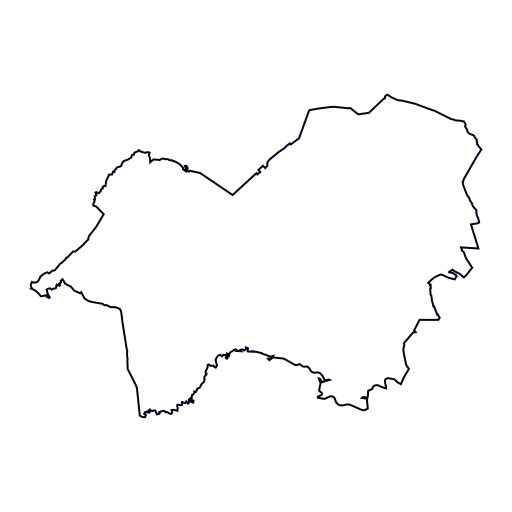 Atizapán de Zaragoza, México, Mexico
{"feature_id": "50627088B87353641486675", "entity_name": "Atizapán de Zaragoza", "entity_type": "district", "adm_level": 2, "iso_a3": "MEX", "parent_name": "Mexico", "parent_adm1": "México", "projection": "albers", "projection_center": [-99.273, 19.564], "detail": "fine", "context": "isolated", "style": "outline", "palette": "ink", "viewbox_px": 512, "rotation_deg": 0, "n_neighbors": 0, "source": "geoboundaries", "source_scale": "gbopen_adm2", "svg_char_len": 6041}
<svg xmlns="http://www.w3.org/2000/svg" viewBox="0 0 512 512"><path d="M31.1,288.6L32.9,289.2L35.7,290.9L37.8,292.7L41.0,296.3L46.3,295.3L46.5,296.6L47.6,296.5L48.5,298.0L49.8,297.5L47.8,294.0L46.6,289.6L48.4,288.6L49.9,288.3L51.6,289.6L52.2,289.5L53.3,288.6L55.1,288.5L56.0,287.9L56.4,285.3L56.8,284.6L57.8,285.4L58.4,285.2L59.5,285.8L60.1,285.2L59.2,283.5L60.9,282.5L60.8,280.8L62.4,279.2L63.4,280.4L64.9,283.4L67.6,285.1L70.9,286.6L74.3,290.7L80.0,293.2L81.2,292.2L84.7,298.7L88.4,300.9L90.9,301.8L101.6,303.6L102.9,304.0L104.4,305.2L106.1,305.1L107.4,305.5L110.6,307.1L114.7,307.1L118.1,308.1L119.8,309.0L120.5,310.0L121.3,312.6L122.4,321.7L126.6,348.4L127.2,350.6L127.0,355.6L127.5,358.1L127.4,361.9L127.7,369.0L136.2,385.9L137.0,388.7L139.8,415.5L142.2,417.0L144.8,417.3L145.1,417.1L145.9,415.2L144.2,413.8L145.2,413.1L144.9,412.3L146.7,411.5L147.3,412.3L148.8,412.7L149.6,412.4L149.6,411.8L148.7,410.7L149.9,409.5L151.3,410.9L152.8,411.0L153.7,410.3L155.3,410.6L156.9,414.2L157.5,414.4L159.3,413.8L159.7,413.2L159.2,412.2L163.1,410.7L164.7,411.2L165.8,412.3L166.9,412.0L170.7,414.0L171.6,413.7L171.9,413.2L172.2,411.6L171.5,410.1L173.3,409.8L176.5,410.4L177.4,410.8L177.7,408.2L177.1,405.3L177.5,404.7L180.3,405.2L181.9,405.0L181.9,402.0L182.2,401.9L183.5,402.7L185.3,403.1L186.2,401.4L187.9,403.6L188.4,403.5L189.3,401.5L188.8,400.5L188.9,399.5L189.5,399.0L189.3,399.7L189.6,400.1L190.9,400.5L191.6,402.2L193.2,402.6L193.5,400.7L192.1,400.2L191.7,399.5L191.8,396.1L192.2,394.8L193.3,394.5L193.8,393.4L194.4,392.8L194.3,391.5L195.8,391.9L197.0,390.0L196.7,389.3L197.5,388.6L199.7,387.7L201.8,383.8L203.8,382.1L204.7,379.3L204.2,378.0L204.4,376.7L206.3,374.7L206.5,373.7L205.8,373.6L205.6,371.4L207.5,367.7L207.7,364.9L208.5,364.4L210.4,365.8L213.6,365.6L214.6,367.1L215.7,367.6L216.9,365.7L215.6,359.9L216.9,357.1L218.1,355.7L220.2,354.8L222.0,356.3L223.3,354.8L225.6,355.0L226.2,356.0L225.7,357.7L226.9,358.7L227.7,357.8L227.1,353.5L228.4,353.9L229.1,355.3L229.8,353.1L230.4,352.3L235.4,349.3L236.9,350.2L236.4,351.0L240.6,351.2L239.6,350.5L240.2,349.9L242.6,349.4L244.0,350.5L245.9,349.1L245.9,347.4L248.0,348.3L247.6,351.3L247.9,351.5L251.3,351.7L251.7,351.3L253.5,351.3L253.3,351.7L256.5,351.9L261.5,353.1L261.4,353.3L270.7,356.7L272.6,356.2L271.3,357.6L270.8,359.0L269.4,359.1L268.6,358.5L268.0,358.6L269.3,360.2L273.0,357.4L283.8,358.6L294.9,364.9L296.7,365.1L299.6,364.1L302.5,366.3L304.2,366.7L307.3,366.5L309.4,368.4L310.7,370.7L312.1,372.1L313.7,372.7L318.1,372.4L320.2,373.3L322.5,375.8L324.7,380.4L328.7,379.5L329.6,379.9L322.0,382.2L320.6,379.6L319.7,378.7L318.8,378.4L320.6,383.4L319.8,386.5L319.2,389.9L319.3,390.8L321.8,393.1L322.1,394.0L321.7,394.9L318.0,396.6L317.7,397.0L317.9,397.8L324.4,398.9L330.2,396.3L332.1,396.4L333.4,396.9L334.5,397.9L336.1,402.3L338.5,404.8L339.8,405.2L342.6,405.4L346.5,404.5L349.8,404.6L362.2,410.1L364.3,410.2L365.4,409.8L367.8,408.6L366.8,398.6L361.9,398.0L363.0,397.0L367.5,397.7L368.0,394.9L368.1,391.0L368.6,390.5L370.4,390.0L372.4,388.6L373.2,386.6L374.0,385.9L375.0,385.4L377.6,385.1L381.7,387.1L386.1,388.4L386.1,387.0L385.2,383.3L385.0,380.3L385.3,379.4L387.6,378.1L394.4,379.3L397.3,382.1L400.9,384.2L403.9,377.3L408.9,368.9L406.2,365.0L404.0,354.4L403.3,350.0L403.7,347.1L404.3,345.6L404.0,343.1L413.1,332.5L415.6,332.2L414.1,330.5L419.5,319.9L438.3,319.9L439.7,317.8L437.6,314.1L437.1,314.4L434.3,306.9L434.1,306.4L433.5,306.6L431.9,300.2L431.4,295.8L430.6,294.7L430.2,288.9L430.8,288.3L430.6,285.0L429.9,285.2L429.9,284.1L428.2,282.9L431.8,279.4L435.1,277.0L439.6,274.9L441.5,274.5L448.6,277.8L454.7,279.4L456.7,276.0L455.7,274.9L452.8,273.1L449.7,272.3L449.2,272.4L449.0,272.0L452.5,269.7L454.4,271.2L459.9,274.0L463.9,277.4L466.4,275.0L472.2,267.7L466.1,258.4L463.9,252.5L463.5,251.8L462.1,250.9L462.1,250.3L461.0,247.4L478.4,248.5L471.0,224.4L477.6,223.3L479.2,222.4L478.2,218.5L476.9,215.6L476.3,212.6L476.5,210.2L474.0,207.7L472.7,205.8L472.0,203.5L469.8,200.1L469.2,197.8L467.1,195.2L463.3,185.4L462.6,181.9L463.3,181.3L463.6,179.6L464.2,178.4L476.6,156.8L481.3,149.5L478.2,145.7L477.6,144.5L477.0,144.1L477.2,142.2L476.6,141.4L476.8,139.9L475.6,138.6L474.0,135.7L473.0,135.0L470.1,134.1L468.4,132.9L467.7,131.7L467.3,131.2L467.2,129.9L465.3,126.8L465.1,126.2L465.7,124.5L464.0,121.5L459.6,120.6L455.3,120.4L453.9,119.6L451.2,119.1L434.2,110.6L432.5,110.2L414.9,103.7L401.8,100.6L398.2,100.3L391.5,97.4L389.3,95.8L387.0,94.7L385.0,96.5L384.9,98.4L384.0,98.5L368.8,112.9L358.2,114.3L350.4,108.1L347.3,108.2L334.4,106.8L329.7,107.1L318.7,108.5L309.2,110.2L299.1,138.2L291.2,144.1L290.6,144.4L289.8,143.5L286.7,145.7L284.5,148.1L278.6,152.1L270.2,159.0L268.7,160.5L267.6,162.3L267.2,163.4L267.4,165.7L265.2,168.1L263.0,165.8L258.4,169.9L260.3,172.0L257.4,174.4L256.5,173.1L232.6,195.0L200.1,173.0L190.0,170.8L189.3,171.6L188.1,171.4L187.5,170.8L187.4,167.2L186.3,165.8L184.9,165.9L185.7,168.4L185.7,171.2L183.0,169.3L182.9,167.6L180.0,164.5L177.9,163.0L174.5,161.3L173.0,161.1L172.1,160.3L171.2,160.4L168.8,159.8L168.5,159.4L167.5,159.1L165.2,159.2L164.4,158.8L162.7,158.6L162.0,158.7L159.4,160.1L158.4,159.8L153.7,159.5L153.1,159.7L150.2,162.3L150.0,158.1L148.9,155.6L149.6,152.6L147.9,152.1L145.0,152.8L140.3,151.4L139.4,150.4L138.7,150.2L137.9,151.3L134.6,152.5L134.2,153.0L134.1,154.5L131.9,155.2L131.3,157.5L130.7,157.9L127.7,159.7L123.9,161.0L122.5,162.4L121.2,165.9L119.8,166.7L117.5,167.2L116.9,167.7L114.5,170.7L114.5,171.8L113.1,171.6L112.0,174.5L109.2,174.5L106.2,180.9L105.5,186.1L104.1,185.9L102.7,187.0L102.8,188.4L101.3,189.2L100.8,191.0L98.8,193.2L96.1,192.1L95.5,192.6L96.4,195.1L94.7,196.4L95.0,199.1L94.0,199.5L94.7,201.0L93.2,204.1L93.4,205.6L96.2,206.5L103.7,214.2L96.1,227.0L89.5,235.4L88.6,237.0L88.2,239.6L84.3,243.4L83.7,244.4L75.3,251.6L73.1,251.5L67.4,257.5L66.5,257.5L65.7,259.0L62.1,262.5L60.0,263.9L55.1,270.0L54.3,270.5L52.1,270.8L49.4,273.3L48.8,273.3L47.3,272.3L44.6,273.4L40.5,276.4L38.9,280.0L37.5,281.7L36.5,282.3L33.8,282.6L31.9,281.9L30.7,285.1L30.9,286.3L31.8,288.1L31.1,288.6Z" fill="none" stroke="#020617" stroke-width="2"/></svg>